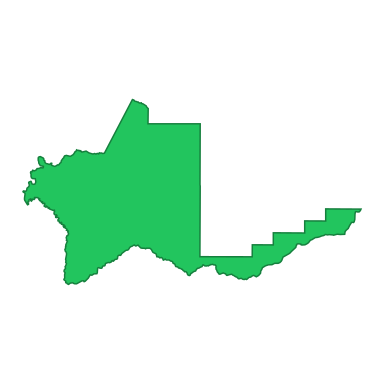 the district of La Jagua Del Pilar, La Guajira, Colombia
{"feature_id": "7082276B91699112359201", "entity_name": "La Jagua Del Pilar", "entity_type": "district", "adm_level": 2, "iso_a3": "COL", "parent_name": "Colombia", "parent_adm1": "La Guajira", "projection": "natural_earth1", "projection_center": [-73.096, 10.466], "detail": "fine", "context": "isolated", "style": "filled", "palette": "green", "viewbox_px": 384, "rotation_deg": 0, "n_neighbors": 0, "source": "geoboundaries", "source_scale": "gbopen_adm2", "svg_char_len": 5868}
<svg xmlns="http://www.w3.org/2000/svg" viewBox="0 0 384 384"><path d="M361.0,209.1L325.7,208.9L325.7,221.0L304.7,220.9L304.7,233.0L273.3,232.8L273.3,244.9L252.3,244.8L252.2,256.8L199.9,256.7L200.2,186.1L200.0,184.6L200.2,123.8L148.0,123.8L148.2,108.6L146.8,107.2L146.2,105.9L142.9,103.8L141.7,103.6L141.3,102.8L139.8,103.1L138.6,102.5L138.2,102.0L137.6,102.1L136.7,101.6L134.8,101.2L133.7,99.9L132.9,99.9L132.4,99.6L104.4,153.2L102.8,153.5L101.5,153.0L100.0,153.1L99.3,152.8L98.7,153.9L97.2,153.4L95.9,154.1L94.7,153.5L93.1,154.0L92.4,153.9L89.0,152.9L86.1,151.1L81.9,152.1L81.3,151.3L80.6,151.3L80.5,150.8L80.0,151.0L79.5,150.5L78.6,150.6L78.1,150.2L77.2,150.3L76.6,149.9L76.0,151.2L74.9,151.9L74.2,153.3L73.1,154.7L70.6,156.2L70.1,156.3L66.3,155.4L64.6,155.9L64.0,156.8L63.8,157.7L62.8,158.6L61.3,160.8L61.0,162.5L59.7,163.4L59.1,164.6L58.5,164.9L57.5,164.9L55.8,166.0L54.9,166.4L53.7,166.1L51.6,165.3L51.5,164.7L51.8,163.4L51.7,163.2L50.6,163.4L49.7,164.4L48.6,164.3L48.0,163.9L46.3,163.6L45.0,162.6L44.8,160.8L44.0,160.4L43.7,158.6L43.2,158.0L40.4,156.6L39.2,156.8L38.4,157.4L38.2,158.1L38.2,160.2L38.7,161.7L38.8,163.1L40.3,165.7L43.4,166.3L43.3,167.4L43.0,167.9L40.6,167.7L39.1,168.4L37.1,168.6L35.9,170.2L34.1,170.9L32.8,170.2L32.3,170.8L32.0,171.8L30.8,171.8L30.5,172.8L31.1,174.5L31.0,176.2L31.5,177.8L32.6,178.6L35.3,178.7L35.8,181.9L35.6,182.7L34.8,184.2L33.8,184.3L32.4,184.1L31.9,183.8L31.3,181.8L30.9,181.3L29.1,182.0L28.7,182.4L28.7,183.0L29.3,184.8L29.1,186.1L28.5,186.9L27.0,188.2L26.7,190.0L26.3,190.8L25.7,191.3L23.7,190.9L23.3,191.1L23.0,191.7L23.2,192.0L24.8,193.0L25.1,193.8L24.5,198.0L24.5,199.5L24.8,200.4L27.4,204.6L27.6,204.8L28.5,204.3L28.5,203.6L27.9,203.1L27.9,202.1L28.3,201.5L28.7,201.8L28.9,201.7L29.0,199.8L29.9,199.4L30.3,198.9L30.8,199.0L31.1,199.3L30.7,200.6L31.5,201.1L32.2,200.1L32.4,199.2L34.0,199.5L34.4,199.2L34.8,198.7L34.4,197.9L34.6,197.5L37.9,197.6L38.2,198.2L39.5,198.7L38.9,199.5L39.3,199.9L39.7,200.6L40.3,200.4L41.4,202.1L42.2,201.7L42.6,201.9L42.4,202.9L42.8,203.0L42.9,203.6L44.0,203.7L44.4,203.3L44.7,203.4L44.8,205.4L44.1,205.9L44.2,206.2L46.0,207.2L46.4,206.9L46.7,206.2L47.8,207.1L48.3,208.4L48.5,208.4L48.8,207.8L49.1,207.7L49.8,209.1L53.2,210.4L54.4,210.2L54.6,211.4L54.1,212.0L54.2,213.3L54.0,213.8L54.9,214.8L55.8,215.0L56.4,214.8L56.9,215.5L56.7,215.9L55.9,215.9L55.6,216.7L55.7,217.4L56.4,217.6L57.0,217.4L57.8,217.4L58.9,218.2L58.7,218.8L57.9,219.9L58.0,220.9L59.2,221.2L59.5,222.7L60.1,222.9L61.0,222.5L61.0,223.3L61.7,223.2L61.6,224.3L63.8,224.8L63.7,225.4L63.2,226.0L63.7,227.1L63.9,227.3L64.1,227.1L64.5,225.9L65.0,226.1L65.2,226.4L64.9,227.8L66.9,229.2L67.0,229.8L66.6,230.3L67.7,230.7L68.1,231.0L67.8,231.8L68.3,232.0L68.1,232.8L68.6,233.8L67.7,235.6L66.9,235.8L66.2,237.7L66.7,239.3L66.4,240.3L67.4,241.1L65.8,244.9L65.8,245.8L66.0,246.1L65.5,246.8L65.6,248.2L64.9,249.4L65.3,251.2L66.0,251.9L66.5,253.2L66.5,254.7L65.6,259.4L66.0,260.8L65.7,262.4L66.5,263.5L65.7,265.8L65.1,266.6L65.5,268.2L65.4,268.7L64.5,269.5L64.1,270.6L64.1,271.6L65.1,272.7L64.6,274.7L64.7,278.0L63.9,279.3L64.0,279.8L65.8,281.2L65.7,282.2L65.8,282.7L66.8,283.1L67.3,283.8L68.6,284.4L70.3,283.1L72.8,282.8L73.6,283.4L74.8,283.8L76.6,283.8L81.9,280.9L83.5,280.8L84.1,281.7L85.2,281.2L88.3,278.1L90.2,274.8L91.5,275.2L92.4,275.0L93.8,273.9L96.9,273.7L97.3,272.7L97.6,268.4L98.0,267.8L98.9,267.6L100.0,268.2L101.7,268.2L102.1,267.7L102.5,266.5L103.1,266.0L104.7,265.8L105.0,265.4L105.5,263.6L105.9,263.3L108.2,262.5L109.6,262.7L110.4,262.4L111.1,262.1L112.0,260.7L112.8,260.6L113.1,261.2L113.5,261.1L114.9,259.5L117.0,259.1L117.6,258.1L117.6,256.8L118.2,255.6L119.3,255.1L120.1,255.4L120.7,255.3L121.9,253.4L125.3,250.8L126.1,250.3L127.5,250.1L128.5,249.6L129.6,247.7L130.6,246.7L132.0,246.3L133.3,245.4L134.4,245.0L135.3,245.8L135.9,246.0L138.0,245.1L140.7,247.9L141.8,248.2L144.7,248.3L145.7,248.8L146.3,248.2L149.8,248.2L151.4,249.5L152.7,252.0L153.2,252.5L155.8,253.7L156.2,254.2L156.8,256.6L157.0,256.9L158.2,256.7L159.8,257.9L161.4,257.5L162.5,258.3L163.3,260.1L163.6,260.1L165.2,259.1L166.3,260.0L169.2,260.0L170.5,261.0L171.9,261.3L172.6,261.8L173.1,263.3L173.5,263.6L174.1,263.6L174.9,264.2L175.5,266.1L175.9,266.6L177.5,266.8L177.8,267.0L178.5,268.0L179.4,268.0L179.8,268.4L180.6,268.5L181.8,269.3L182.4,269.4L183.1,270.5L183.8,270.8L184.6,271.8L185.9,271.7L186.3,271.9L186.8,272.5L187.7,274.8L189.0,275.5L189.6,275.5L190.3,275.0L190.8,273.5L191.6,273.2L193.7,271.6L195.6,271.0L196.3,269.6L197.5,268.3L198.9,268.1L200.6,267.1L202.0,266.6L202.9,264.9L203.3,264.8L204.8,265.9L206.4,266.0L207.6,265.7L208.5,265.9L209.3,265.2L210.2,265.0L210.7,264.5L211.8,264.6L212.7,264.3L214.0,265.0L215.0,264.8L216.0,265.9L216.1,266.4L215.9,267.2L216.1,269.3L216.8,270.2L217.3,271.9L218.3,272.8L218.6,273.7L219.3,274.1L219.9,274.2L223.3,272.9L224.4,273.5L225.5,273.7L226.5,275.2L227.0,275.4L229.3,274.7L231.8,274.2L232.7,275.1L233.8,275.5L235.5,276.7L236.8,277.1L238.4,278.7L239.1,278.8L241.2,278.3L242.9,279.3L244.3,279.5L245.2,279.0L246.4,279.5L247.2,279.1L248.7,277.6L249.4,277.3L250.7,277.1L252.6,275.7L253.8,275.4L256.3,276.8L258.6,275.5L260.5,273.3L260.8,270.9L261.7,269.6L262.4,267.7L265.5,265.8L268.5,264.8L272.0,264.7L274.7,263.3L278.1,263.3L279.8,262.6L281.1,261.4L281.8,260.3L283.0,257.1L289.7,253.3L291.6,251.3L295.6,247.6L295.9,247.2L295.9,246.3L296.5,245.6L296.5,244.7L297.1,244.1L298.0,243.8L300.6,244.0L301.0,244.2L301.0,244.7L301.3,244.9L302.1,245.0L305.0,244.8L307.1,243.7L308.5,242.7L310.4,240.2L311.9,239.7L315.2,237.6L317.3,237.4L319.7,236.8L321.5,236.0L323.8,235.5L325.4,234.5L327.7,234.9L329.0,234.6L332.6,234.9L333.6,235.2L337.2,234.2L340.2,234.5L344.7,234.3L345.1,231.6L346.2,230.2L348.2,228.5L349.5,225.7L351.5,222.5L352.0,222.3L353.6,222.5L354.2,221.7L354.8,219.5L355.0,214.0L355.4,212.0L355.9,211.6L358.0,212.0L359.3,211.8L360.4,210.5L361.0,209.1Z" fill="#22c55e" stroke="#15803d" stroke-width="1.5"/></svg>